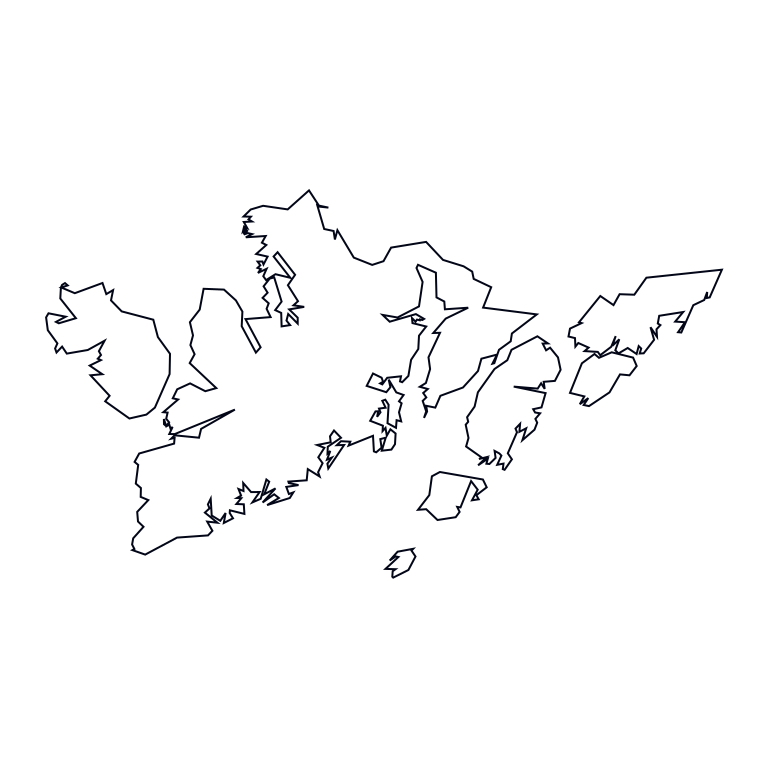 Vågan nor, Nordland, Norway (Mercator projection)
{"feature_id": "86288312B28402978584720", "entity_name": "Vågan nor", "entity_type": "district", "adm_level": 2, "iso_a3": "NOR", "parent_name": "Norway", "parent_adm1": "Nordland", "projection": "mercator", "projection_center": [14.578, 68.279], "detail": "fine", "context": "isolated", "style": "outline", "palette": "ink", "viewbox_px": 768, "rotation_deg": 0, "n_neighbors": 0, "source": "geoboundaries", "source_scale": "gbopen_adm2", "svg_char_len": 6108}
<svg xmlns="http://www.w3.org/2000/svg" viewBox="0 0 768 768"><path d="M328.4,207.6L318.9,205.6L309.0,190.4L287.7,209.4L263.1,205.8L250.7,209.5L243.6,216.5L250.9,216.7L248.5,219.4L252.0,221.5L243.8,222.0L247.2,228.0L244.1,226.5L243.0,231.2L245.4,228.7L246.5,230.0L245.4,230.1L243.5,233.9L245.7,231.2L246.7,231.4L243.8,234.5L247.8,233.1L252.1,234.1L245.8,237.3L265.7,236.0L261.9,242.7L266.3,245.0L256.2,254.0L267.6,256.6L263.5,264.5L262.4,261.5L257.6,261.6L260.3,265.3L257.5,267.9L260.8,269.1L258.0,272.9L266.6,268.8L263.3,276.2L266.1,280.1L275.5,274.2L290.3,277.8L273.6,256.5L277.6,252.2L295.1,274.8L287.9,285.2L298.0,301.2L293.5,305.3L304.2,306.9L289.2,309.4L297.7,317.7L297.7,323.6L288.2,314.0L286.5,320.6L290.1,325.1L281.6,326.4L281.2,312.9L275.2,310.1L281.6,301.6L274.2,277.4L269.7,278.6L263.6,286.3L267.6,292.7L262.6,297.9L268.7,303.3L266.6,308.8L270.6,317.1L245.5,319.1L260.6,347.3L255.9,352.6L241.7,326.2L242.4,311.6L235.9,300.4L224.0,289.6L203.6,288.8L199.7,309.6L189.9,322.2L193.0,335.4L190.4,345.1L194.6,354.2L189.7,363.1L216.3,388.1L205.3,391.2L190.1,383.4L177.2,389.3L172.8,398.3L178.1,399.5L163.3,412.2L167.6,412.6L166.2,418.8L169.1,422.3L166.2,426.0L163.9,419.0L164.0,424.2L166.4,426.3L169.3,424.6L170.5,428.6L172.6,427.0L169.3,434.0L174.7,434.1L234.9,409.6L201.1,428.9L199.0,437.7L174.6,435.3L171.2,438.7L174.6,437.9L174.1,443.6L139.2,453.5L134.6,461.9L138.2,464.9L135.8,483.6L140.9,488.0L140.7,496.9L148.3,500.1L137.2,511.9L138.0,521.5L143.5,526.8L133.2,538.3L132.1,544.5L134.4,549.0L132.4,550.1L145.2,554.6L177.0,537.6L208.0,535.4L212.4,530.8L207.2,521.6L217.4,522.7L204.9,512.6L209.5,508.4L207.9,504.4L210.7,498.7L211.7,515.5L220.3,520.8L225.6,513.0L223.8,523.0L233.0,518.3L229.7,513.0L229.9,510.3L244.4,513.9L243.8,504.3L236.4,504.0L241.3,498.2L237.0,498.0L241.1,495.6L238.5,489.0L243.5,491.0L243.2,483.0L251.1,492.1L259.6,492.0L252.4,502.4L260.7,498.8L266.4,479.5L269.2,481.7L264.2,494.3L275.5,488.4L262.6,502.5L274.2,494.3L278.9,498.0L267.1,505.1L289.8,498.0L293.3,492.4L288.9,494.0L286.3,486.9L298.5,485.1L288.8,483.0L288.4,481.6L306.7,480.3L307.8,469.1L319.6,476.5L318.1,472.2L322.6,463.2L318.3,457.3L324.4,447.8L317.2,445.0L330.7,442.3L330.0,436.3L334.0,430.5L341.0,437.8L327.8,446.7L327.5,453.6L330.3,451.0L327.0,459.6L331.8,457.6L327.4,463.7L328.3,468.5L344.1,445.0L336.8,445.2L341.0,441.2L350.3,441.7L348.6,445.6L373.0,435.8L373.9,451.4L376.2,452.3L381.6,447.7L380.3,439.1L385.7,437.7L381.8,450.7L391.4,449.6L395.0,444.2L395.6,433.5L390.4,429.3L386.8,435.7L385.5,427.9L382.6,431.1L382.9,425.7L370.2,420.8L375.5,411.4L378.2,411.3L377.1,416.8L380.5,412.3L379.0,408.6L385.6,407.7L382.3,400.8L385.3,399.7L388.6,404.8L387.5,423.2L396.0,427.8L396.6,420.2L401.2,421.4L399.0,412.3L401.6,403.3L399.0,401.3L403.6,395.0L396.3,392.4L388.7,379.6L390.4,387.2L386.3,392.2L366.7,385.9L373.0,373.5L381.6,377.7L383.1,381.8L380.2,383.4L382.3,384.4L387.2,377.8L401.0,376.3L400.0,381.4L402.2,382.2L408.4,375.9L411.1,359.8L418.3,349.0L419.0,335.7L426.2,326.5L412.5,323.1L412.0,318.1L415.6,321.7L417.0,319.6L419.8,320.3L419.9,319.4L422.3,320.0L424.1,318.9L415.9,314.1L389.7,321.7L382.6,314.9L397.5,317.5L419.0,306.4L422.6,281.9L416.5,268.0L418.0,264.8L435.9,272.7L436.5,297.4L444.3,301.5L444.9,309.3L468.2,307.7L445.7,318.6L433.3,333.0L440.0,332.8L428.5,357.3L430.1,369.1L425.9,383.0L419.8,386.8L427.8,389.0L423.2,393.0L426.3,397.4L422.7,400.9L426.2,411.4L424.0,417.9L427.1,411.5L426.2,405.8L435.3,407.6L440.4,395.8L463.0,387.5L478.0,371.0L481.4,358.7L497.0,354.6L492.4,363.7L494.3,363.2L499.0,349.8L510.7,341.3L511.9,333.5L536.8,314.4L483.1,307.6L491.2,287.2L473.7,278.9L472.2,271.6L463.6,266.3L443.0,259.9L426.1,241.9L391.1,247.6L383.5,261.2L372.2,264.9L353.8,257.6L337.4,230.2L334.9,239.5L333.6,231.0L324.2,229.0L316.8,203.6L319.1,206.6L328.4,207.6ZM67.7,285.4L65.0,283.1L62.1,284.9L60.9,287.5L60.3,298.5L75.9,318.2L58.8,323.3L56.0,321.9L65.7,316.7L48.5,313.3L46.1,317.4L47.8,330.2L57.4,343.4L55.1,348.5L56.5,352.5L62.1,346.6L66.8,353.6L87.8,350.0L104.6,340.7L98.9,351.2L101.0,355.0L97.8,358.7L100.9,360.1L89.7,365.6L102.3,374.2L90.5,375.3L109.6,395.8L105.2,401.3L129.4,418.5L146.4,414.6L154.9,407.6L169.6,374.1L170.0,353.8L157.9,337.1L153.3,319.7L121.7,311.4L111.0,300.4L113.1,290.1L106.3,294.1L102.5,283.0L74.8,293.2L61.3,287.5L67.7,285.4ZM537.4,336.3L511.5,349.8L507.3,360.2L494.5,369.0L477.9,392.3L474.6,406.6L467.1,417.2L468.2,421.8L465.7,424.7L468.5,438.0L466.1,446.5L481.8,457.6L479.0,459.0L486.7,457.1L478.1,465.3L487.8,458.7L486.4,463.7L489.4,464.0L495.6,457.9L494.6,450.9L499.3,453.4L501.4,455.6L497.2,464.8L503.5,463.6L502.8,469.1L504.6,469.8L511.9,459.3L507.8,453.3L517.0,432.2L515.5,428.6L520.1,423.8L519.4,431.8L526.2,428.3L522.4,440.2L534.5,429.7L537.2,422.7L535.4,418.9L540.1,413.3L535.1,412.5L533.2,409.2L541.5,407.4L545.6,393.1L513.7,386.6L537.7,388.6L541.1,383.3L544.7,388.9L543.7,381.8L554.9,380.9L560.6,369.8L558.0,357.4L550.1,347.7L546.1,350.3L542.7,343.6L547.9,343.4L537.4,336.3ZM600.3,296.0L579.0,322.3L581.6,323.1L570.0,328.6L568.5,336.5L575.0,338.1L575.4,346.6L578.3,343.0L588.6,347.6L584.6,351.1L597.8,351.9L600.2,355.2L611.2,346.8L615.7,336.1L612.4,345.8L619.3,339.3L615.3,350.3L618.5,353.4L627.7,348.0L636.6,354.0L638.7,346.1L641.2,348.5L639.7,353.5L643.7,353.3L654.1,339.8L650.5,327.2L657.0,336.8L656.5,329.3L660.4,325.1L657.8,323.5L659.2,315.8L683.2,312.0L675.2,321.6L685.0,322.2L678.1,332.2L681.3,332.5L693.3,305.2L704.2,300.0L707.2,292.0L706.8,298.0L709.7,297.4L721.9,269.7L646.4,277.7L634.3,294.7L619.6,294.2L613.5,305.1L600.3,296.0ZM611.7,352.3L599.0,357.8L594.5,354.0L581.9,363.3L570.0,392.9L584.3,396.4L579.8,404.2L588.3,398.1L583.7,405.0L589.0,406.1L609.5,392.4L620.0,374.4L629.5,375.3L636.7,366.0L633.1,357.6L611.7,352.3ZM439.9,472.0L431.9,476.3L429.3,495.1L418.0,509.8L426.2,509.2L437.5,520.0L455.7,517.2L459.6,511.9L457.2,506.9L460.5,507.4L471.1,481.1L477.7,489.7L472.0,500.3L478.7,499.3L476.4,495.2L486.7,487.3L482.9,479.5L439.9,472.0ZM413.2,548.8L397.6,551.7L389.7,560.5L395.7,556.4L398.4,557.0L385.5,568.9L395.5,569.2L392.7,571.2L392.3,576.7L393.2,577.6L408.4,570.0L415.5,556.5L411.5,550.6L413.2,548.8Z" fill="none" stroke="#020617" stroke-width="2"/></svg>